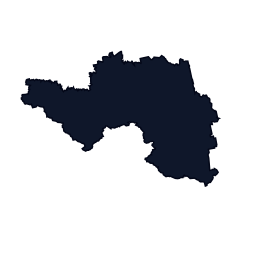 outline of Tenterfield, New South Wales, Australia, rotated 248°
{"feature_id": "25037944B39208221478861", "entity_name": "Tenterfield", "entity_type": "district", "adm_level": 2, "iso_a3": "AUS", "parent_name": "Australia", "parent_adm1": "New South Wales", "projection": "mercator", "projection_center": [152.357, -28.838], "detail": "fine", "context": "isolated", "style": "filled", "palette": "ink", "viewbox_px": 256, "rotation_deg": 248, "n_neighbors": 0, "source": "geoboundaries", "source_scale": "gbopen_adm2", "svg_char_len": 5907}
<svg xmlns="http://www.w3.org/2000/svg" viewBox="0 0 256 256"><g transform="rotate(248 128 128)"><path d="M201.4,150.5L201.6,149.9L201.3,148.1L199.7,142.4L200.1,141.8L201.8,141.5L202.3,140.9L203.3,141.7L204.1,141.7L204.2,139.0L202.6,137.6L200.9,138.9L200.0,138.3L202.2,134.9L203.3,131.6L202.6,130.7L199.7,130.2L198.6,129.2L201.2,125.6L200.9,124.7L198.8,124.3L198.5,122.6L199.3,119.6L197.8,119.3L196.1,121.3L195.6,120.8L195.7,119.7L195.1,119.0L193.3,119.9L191.1,119.1L190.8,118.3L192.4,117.4L192.7,116.8L191.1,114.7L193.0,114.4L193.5,113.6L193.4,112.8L192.4,112.5L190.2,114.1L189.9,113.5L190.6,112.6L190.2,111.7L189.1,112.5L185.2,110.9L184.3,110.9L183.3,109.8L182.5,110.6L181.7,110.7L181.2,108.7L181.5,107.8L180.5,108.2L179.0,107.4L177.6,107.6L177.2,105.3L179.2,104.5L178.8,103.7L179.5,102.7L179.2,102.0L180.3,102.0L181.0,101.0L181.0,100.0L180.4,99.2L181.6,98.6L181.7,97.6L182.4,97.0L181.7,96.5L182.2,96.1L181.4,95.4L182.8,95.0L183.9,95.3L182.8,94.4L183.4,93.3L185.1,92.5L186.2,92.7L185.7,92.0L186.1,91.1L185.6,89.7L186.0,89.3L186.6,89.9L186.8,88.8L185.9,88.7L187.1,87.4L188.2,87.6L186.9,85.6L186.0,85.6L186.0,84.4L186.7,83.1L185.9,81.8L187.5,81.3L188.5,81.7L188.8,81.4L188.4,80.7L189.3,81.3L190.1,80.2L190.6,80.4L190.5,81.3L191.5,81.2L191.7,81.9L192.2,81.3L193.8,81.6L194.1,81.3L193.7,80.8L194.1,79.0L195.1,79.4L196.4,78.8L198.0,79.4L198.6,77.4L197.3,76.7L199.0,74.7L198.8,74.4L199.3,74.6L199.5,74.2L199.2,74.2L200.7,74.0L200.1,72.9L200.4,72.3L200.9,72.1L201.7,72.8L201.7,70.9L202.4,69.9L202.2,68.4L204.2,67.6L204.1,66.0L204.5,65.7L203.7,64.7L205.0,64.9L205.9,63.9L205.9,62.5L206.6,62.3L206.5,61.7L207.5,61.1L206.9,59.2L208.3,58.6L208.2,57.8L208.8,57.0L208.5,56.0L208.9,55.6L208.7,55.4L209.6,54.5L210.5,54.8L210.8,52.5L210.4,51.5L209.7,51.6L208.9,50.4L207.8,50.5L206.5,49.7L204.1,53.4L203.2,51.5L202.1,51.0L200.9,51.3L200.9,50.4L199.8,50.6L198.8,49.2L197.1,48.5L197.5,45.6L198.5,42.5L198.1,42.0L196.5,41.7L195.8,41.1L195.8,40.4L194.7,40.0L193.3,40.6L192.1,40.6L191.5,41.3L190.2,41.1L188.7,41.6L188.6,43.0L186.3,45.9L186.2,47.3L182.6,47.2L182.0,50.6L182.9,52.0L182.7,52.7L180.8,54.5L179.0,57.6L176.0,57.4L174.9,56.6L173.0,57.6L170.2,57.5L168.7,56.9L168.5,57.8L166.4,59.6L166.0,61.1L163.2,61.0L161.2,64.0L159.5,65.1L158.2,67.9L157.8,68.0L156.7,69.7L155.4,69.1L155.0,68.1L153.1,67.5L152.4,68.2L149.2,67.4L146.8,68.7L146.0,70.2L145.0,70.4L144.1,71.7L141.7,71.8L140.5,72.8L137.4,72.6L137.0,75.1L134.2,76.6L132.9,78.4L130.8,79.9L130.4,81.1L128.3,81.5L126.8,81.1L126.0,77.8L124.7,78.1L122.4,80.2L122.8,81.3L122.1,83.2L122.5,83.7L122.2,84.8L122.8,85.8L122.7,86.9L123.9,88.1L125.1,88.3L126.4,89.5L126.7,91.0L127.2,91.4L126.8,92.6L127.5,94.0L127.1,95.9L128.6,98.2L128.5,99.8L129.0,99.9L129.8,101.4L129.6,101.9L133.4,101.8L134.1,102.4L134.1,103.1L135.1,104.5L136.4,104.0L136.9,104.3L136.9,106.8L138.2,108.4L137.6,109.4L133.8,111.9L134.3,112.2L134.5,113.2L133.0,115.7L133.2,118.0L132.9,118.6L133.5,119.4L132.4,120.7L133.2,121.7L132.9,122.6L133.0,124.7L132.6,126.2L131.2,126.7L131.0,127.5L130.5,127.7L130.6,128.8L130.2,129.6L131.6,130.8L133.2,129.8L133.3,130.2L132.9,130.8L133.2,131.7L132.2,132.5L132.3,133.1L131.4,135.4L130.4,135.9L129.6,138.0L128.5,138.3L128.4,137.0L127.8,136.2L125.7,138.4L124.9,138.3L124.1,139.5L123.1,139.9L122.5,139.6L117.3,141.4L116.9,140.0L115.2,139.2L114.2,139.3L112.7,138.7L112.3,139.2L111.4,139.1L109.9,138.0L108.6,138.1L107.1,139.4L106.7,141.8L107.3,143.4L106.8,144.2L106.7,145.5L106.1,146.2L105.4,146.6L103.8,145.9L103.6,145.3L104.0,144.6L103.0,143.8L99.8,145.1L99.0,145.8L98.2,145.3L98.6,142.7L97.2,142.2L96.6,141.5L96.8,140.9L96.1,140.3L94.5,139.8L95.0,139.3L94.1,137.2L94.3,136.6L93.8,136.3L93.1,134.4L93.4,132.7L92.4,132.1L91.1,133.3L89.8,132.8L89.2,134.3L88.4,134.7L88.4,135.3L87.2,135.3L85.7,138.2L84.5,137.8L82.6,139.6L81.7,139.6L80.7,140.3L80.5,141.4L79.3,140.6L78.1,140.9L77.2,140.5L74.4,141.8L73.1,143.6L71.5,143.3L68.7,145.0L68.3,147.3L67.5,148.2L67.7,148.9L63.6,153.0L62.5,155.1L62.1,156.9L62.4,158.3L61.5,160.4L63.1,161.8L63.0,162.7L61.9,162.7L62.1,163.1L60.9,165.3L57.9,166.7L56.6,170.9L53.9,172.9L53.4,174.0L51.9,174.3L51.0,175.0L50.0,177.6L49.1,178.5L45.2,178.0L45.2,179.4L45.5,179.9L46.1,179.7L46.6,180.4L47.1,183.0L46.7,184.0L49.0,187.4L50.1,188.3L51.6,188.5L52.0,189.0L52.3,190.2L51.3,190.9L52.1,193.3L53.2,195.0L56.0,194.5L58.0,192.9L57.2,192.5L58.0,190.6L57.6,190.2L58.0,187.9L70.0,191.6L73.3,192.1L74.9,194.0L78.0,194.5L78.0,195.8L77.0,200.7L78.2,200.8L77.8,203.1L79.2,203.3L79.1,204.0L85.9,205.4L86.1,203.7L88.5,204.1L88.9,201.2L90.6,201.4L91.2,202.1L90.6,202.9L91.0,203.6L99.6,205.1L100.5,205.7L99.7,207.5L102.4,207.9L102.1,209.7L101.3,210.2L100.6,213.2L102.8,215.6L102.8,216.0L104.3,214.3L104.5,214.9L110.3,215.9L110.4,215.3L110.9,215.4L111.0,214.8L111.6,214.9L111.6,214.5L114.5,212.9L116.6,213.2L116.9,213.8L119.3,214.7L121.0,213.4L124.1,214.6L125.1,214.4L126.5,213.1L129.0,213.0L129.3,212.6L128.8,211.7L130.4,210.1L129.2,208.2L129.3,207.6L131.3,206.2L132.5,207.0L135.4,204.7L136.0,204.8L135.9,203.6L135.3,203.1L138.8,203.6L139.2,204.2L140.2,204.3L140.3,203.8L144.6,204.5L144.5,205.2L147.9,205.7L147.5,205.2L160.5,207.5L161.3,207.2L162.4,208.2L163.2,208.2L163.3,207.8L167.6,208.5L168.4,206.5L168.5,204.8L169.6,204.0L170.5,204.5L172.4,202.5L171.6,201.3L168.6,200.2L167.5,199.0L167.5,197.6L168.7,197.7L169.4,196.7L168.4,194.4L169.4,194.3L170.3,193.5L170.5,192.4L172.4,191.5L172.8,190.5L174.3,189.2L175.0,189.5L176.1,188.8L178.1,188.7L179.0,187.9L179.8,188.1L182.5,186.3L181.3,183.6L183.9,178.7L182.9,177.8L183.1,177.2L182.4,176.1L182.9,174.8L186.4,173.6L187.8,165.3L183.4,164.5L183.1,164.1L184.7,162.7L184.6,161.6L186.0,159.9L186.3,157.9L183.7,157.4L186.6,156.2L188.0,156.9L188.4,156.7L187.7,155.6L187.8,155.0L189.1,153.1L190.0,152.7L189.1,151.7L189.0,150.8L190.6,150.5L190.1,149.0L189.0,148.9L188.8,148.4L190.7,147.9L192.2,148.5L191.9,147.5L194.9,148.0L194.8,149.0L197.6,150.2L198.0,149.6L201.4,150.5Z" fill="#0f172a" stroke="#020617" stroke-width="1.5"/></g></svg>